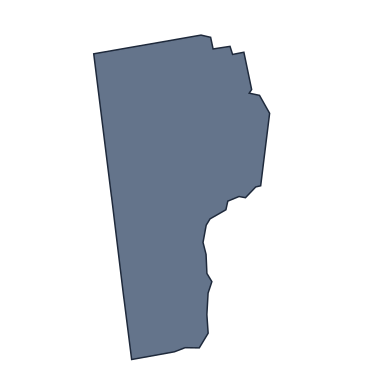 the district of Echols, Georgia, United States of America, rotated 79°
{"feature_id": "52423323B30388068130066", "entity_name": "Echols", "entity_type": "district", "adm_level": 2, "iso_a3": "USA", "parent_name": "United States of America", "parent_adm1": "Georgia", "projection": "robinson", "projection_center": [-82.847, 30.731], "detail": "fine", "context": "isolated", "style": "filled", "palette": "slate", "viewbox_px": 384, "rotation_deg": 79, "n_neighbors": 0, "source": "geoboundaries", "source_scale": "gbopen_adm2", "svg_char_len": 606}
<svg xmlns="http://www.w3.org/2000/svg" viewBox="0 0 384 384"><g transform="rotate(79 192 192)"><path d="M129.6,100.8L110.0,107.3L105.9,117.0L102.8,113.9L64.7,114.4L64.7,125.9L56.3,126.9L55.6,144.0L43.7,144.2L39.7,153.2L37.6,262.1L40.5,262.3L180.9,271.9L181.8,271.9L281.0,279.0L286.2,279.3L286.3,279.3L344.9,283.2L345.5,239.7L343.5,228.5L346.4,214.6L333.7,203.1L315.2,200.8L294.3,195.5L283.8,189.6L274.8,192.9L255.9,190.1L243.6,190.8L227.3,184.4L221.8,179.4L215.9,162.1L207.8,158.6L205.4,146.7L207.8,140.6L199.2,128.5L199.0,123.4L129.6,100.8Z" fill="#64748b" stroke="#1e293b" stroke-width="1.5"/></g></svg>